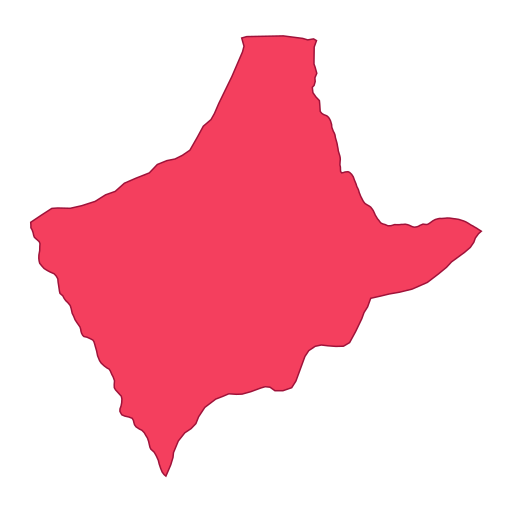 Narang, Mongar, Bhutan (Robinson projection)
{"feature_id": "84629894B39157233132648", "entity_name": "Narang", "entity_type": "district", "adm_level": 2, "iso_a3": "BTN", "parent_name": "Bhutan", "parent_adm1": "Mongar", "projection": "robinson", "projection_center": [91.434, 27.301], "detail": "fine", "context": "isolated", "style": "filled", "palette": "rose", "viewbox_px": 512, "rotation_deg": 0, "n_neighbors": 0, "source": "geoboundaries", "source_scale": "gbopen_adm2", "svg_char_len": 3746}
<svg xmlns="http://www.w3.org/2000/svg" viewBox="0 0 512 512"><path d="M30.7,222.3L30.9,225.0L30.9,227.8L32.0,229.6L33.1,232.7L33.7,235.5L34.4,237.3L35.9,238.7L39.2,241.6L40.0,243.7L39.8,246.5L39.7,250.6L38.9,255.0L38.8,258.3L39.1,260.9L39.7,263.3L41.6,265.7L44.1,268.5L47.3,270.5L50.1,272.0L54.2,273.8L56.2,276.0L57.8,278.8L58.1,282.1L58.7,285.9L59.5,291.4L60.0,293.4L62.8,295.8L64.2,298.5L65.8,300.7L67.8,302.6L70.2,305.5L71.2,308.7L72.2,313.3L73.6,316.1L75.1,319.8L77.0,322.7L80.0,327.0L80.7,329.3L81.0,331.3L81.6,333.3L82.7,335.3L83.9,336.5L87.0,337.2L90.1,338.6L92.8,340.0L93.9,341.6L94.8,344.5L95.3,346.4L96.6,350.9L97.6,355.8L99.6,360.7L101.2,363.1L104.2,365.9L107.2,368.1L109.0,369.0L110.2,370.7L111.9,374.6L113.1,376.8L114.5,380.7L114.2,384.8L114.3,387.7L115.5,389.8L119.2,393.9L121.3,396.2L121.9,399.0L121.7,402.7L121.1,405.8L120.0,408.9L119.9,411.3L120.8,413.1L121.8,414.8L124.8,416.1L128.8,417.0L132.2,418.3L133.4,420.4L133.8,422.2L134.5,424.7L136.0,426.8L139.3,429.0L141.8,430.2L144.2,432.6L146.1,435.9L147.4,437.9L148.6,441.4L149.6,445.8L150.0,447.4L150.9,449.2L154.1,452.1L155.6,454.6L156.6,456.5L158.3,460.3L159.2,464.0L160.7,468.5L162.2,472.1L164.1,474.6L165.9,476.1L168.6,469.9L170.8,464.7L173.0,457.4L173.5,452.6L178.3,441.0L184.8,432.8L191.1,428.6L195.9,423.6L198.6,416.8L204.8,407.4L215.7,399.1L222.7,396.4L228.8,393.8L236.4,394.3L242.1,394.1L250.8,391.7L260.8,388.0L265.2,386.7L270.0,387.2L274.9,390.7L283.0,390.7L291.7,387.7L295.9,381.1L298.8,373.2L302.2,363.9L304.9,356.5L308.8,350.6L315.2,346.3L321.3,345.0L328.0,345.8L335.9,346.4L343.5,346.2L349.6,342.6L355.6,331.6L361.8,318.7L364.0,312.6L367.6,306.9L369.4,301.9L370.7,298.3L376.0,297.1L380.5,296.1L389.1,294.0L399.5,292.2L412.1,289.1L427.4,282.4L438.5,273.9L446.5,267.3L451.5,261.9L456.7,258.1L464.6,252.3L470.3,247.4L473.8,242.3L475.3,238.1L478.5,233.7L481.3,231.2L478.3,229.3L476.5,228.1L474.0,226.7L472.8,225.9L471.5,225.3L469.7,224.2L468.5,223.4L465.7,221.8L463.5,220.9L461.9,220.4L458.8,219.4L455.7,218.9L454.0,218.7L451.9,218.4L449.8,218.1L447.0,218.0L445.5,218.2L442.8,218.4L441.3,218.5L439.9,218.4L438.2,218.7L435.3,219.5L432.9,220.8L430.0,222.9L428.3,224.0L427.0,224.5L425.2,224.4L423.0,224.1L421.1,224.9L419.7,225.5L418.4,226.3L416.9,226.8L414.4,227.2L412.4,226.7L410.2,225.7L408.9,225.1L407.3,224.6L405.2,224.2L403.1,224.4L401.4,224.4L399.2,224.7L397.3,224.7L394.5,224.6L393.0,225.1L391.0,225.7L387.9,225.8L386.6,225.2L385.0,224.5L383.4,224.1L381.2,223.2L380.1,222.1L378.8,220.3L377.5,218.8L376.5,217.1L375.2,215.0L374.6,213.5L373.9,212.0L373.3,210.7L372.4,209.3L370.7,207.1L369.0,205.9L367.2,204.9L365.0,203.5L363.8,202.0L362.9,200.6L361.6,198.0L360.7,196.3L360.0,194.5L359.3,192.8L358.5,190.0L357.7,188.2L356.8,186.5L356.1,184.1L355.4,182.4L354.4,180.0L353.3,176.9L351.7,174.4L349.6,172.4L348.0,171.7L345.0,172.0L343.6,172.5L341.7,172.9L340.6,171.5L340.5,169.9L340.4,167.0L339.9,164.9L340.1,161.3L340.3,159.3L340.1,157.2L339.7,155.5L339.2,153.9L338.3,150.9L338.0,148.6L337.5,146.1L337.2,144.2L336.8,142.5L335.4,137.6L335.0,135.0L334.3,133.1L333.3,131.3L331.8,127.2L331.6,124.5L330.5,120.8L329.7,119.2L328.6,117.4L326.8,115.8L323.7,114.6L321.7,113.3L320.2,111.4L319.7,103.7L319.4,100.6L315.8,96.8L312.9,92.6L312.3,87.3L314.1,85.4L315.2,81.6L314.9,77.8L316.8,73.3L315.0,66.8L314.0,64.1L314.0,60.3L314.1,53.5L314.2,47.0L316.5,40.6L313.6,38.9L311.7,39.2L307.7,39.9L302.7,38.4L283.3,35.9L246.7,36.6L241.7,38.0L244.0,46.2L242.5,51.9L231.9,76.5L218.8,103.4L214.4,113.6L211.0,119.6L203.3,126.2L197.4,137.1L189.9,150.2L182.4,155.3L175.0,159.0L166.9,160.6L157.3,164.5L149.3,172.9L135.9,178.2L124.4,183.2L115.2,191.4L105.6,194.8L95.1,201.4L81.7,205.7L70.2,208.3L57.7,208.0L51.8,208.4L41.6,215.0L30.7,222.3Z" fill="#f43f5e" stroke="#9f1239" stroke-width="1.5"/></svg>